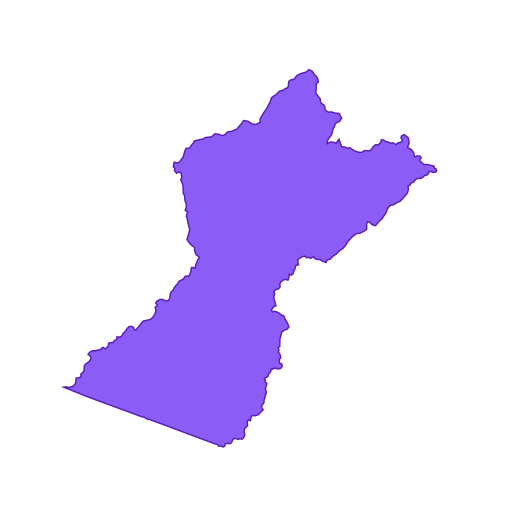 outline of Pau D'Arco, Pará, Brazil, rotated 104°
{"feature_id": "56859067B52334370836521", "entity_name": "Pau D'Arco", "entity_type": "district", "adm_level": 2, "iso_a3": "BRA", "parent_name": "Brazil", "parent_adm1": "Pará", "projection": "orthographic", "projection_center": [-50.157, -7.725], "detail": "fine", "context": "isolated", "style": "filled", "palette": "violet", "viewbox_px": 512, "rotation_deg": 104, "n_neighbors": 0, "source": "geoboundaries", "source_scale": "gbopen_adm2", "svg_char_len": 5708}
<svg xmlns="http://www.w3.org/2000/svg" viewBox="0 0 512 512"><g transform="rotate(104 256 256)"><path d="M62.4,249.9L64.7,251.2L66.2,253.1L68.0,256.4L69.4,258.2L71.4,260.3L74.5,261.3L76.1,263.4L77.1,265.4L78.7,266.4L80.8,266.2L82.6,265.7L85.4,266.2L86.6,268.4L88.6,269.4L89.2,271.3L90.2,272.9L91.7,273.9L94.4,275.3L96.7,277.7L98.9,279.3L101.4,279.4L104.1,279.7L106.0,280.4L109.9,281.2L113.4,282.5L115.3,283.1L118.0,284.1L122.0,285.2L125.0,284.4L126.6,285.8L128.3,287.8L128.9,290.4L128.3,293.1L127.2,296.5L127.6,300.8L130.3,301.7L137.8,305.5L139.2,307.6L140.9,309.8L142.7,313.9L145.5,315.2L146.9,317.0L147.4,318.9L146.9,321.8L147.4,325.4L151.2,328.0L152.3,331.1L153.4,334.0L155.0,335.1L155.9,337.0L156.7,338.8L158.1,341.2L159.1,343.6L161.5,344.1L163.4,345.1L165.3,345.9L167.3,346.7L168.6,349.9L171.4,350.4L175.1,350.5L177.9,350.7L180.0,351.7L182.0,352.4L184.2,353.5L184.8,356.3L184.7,358.1L187.3,358.1L189.8,357.6L190.7,355.7L192.9,355.8L194.9,353.0L193.1,351.4L193.8,348.4L195.7,347.9L197.6,346.9L200.3,347.5L201.6,346.2L203.3,345.1L205.8,343.7L208.8,342.8L212.5,341.9L214.6,340.0L216.3,339.4L219.6,338.2L222.6,336.2L225.3,335.5L228.9,335.7L229.6,333.1L234.3,333.2L236.5,331.7L239.6,330.4L241.7,329.2L243.8,328.1L246.2,326.8L250.0,326.6L253.4,326.9L256.8,326.9L258.4,325.1L260.1,323.1L261.7,319.9L262.6,317.5L265.0,317.2L267.5,315.7L269.2,314.5L269.9,312.7L270.8,310.6L274.3,311.7L279.1,312.2L282.4,312.3L282.5,315.5L284.3,315.9L286.4,315.4L291.5,316.0L292.7,319.7L296.1,321.0L297.4,322.6L299.0,324.5L301.7,325.2L303.9,326.5L306.4,327.6L309.2,328.1L311.2,329.5L313.4,330.1L315.4,329.6L318.4,329.5L320.8,330.5L321.3,333.0L320.9,335.3L320.8,337.2L321.9,339.2L323.9,341.4L326.0,341.9L328.1,339.7L330.0,341.4L333.4,339.9L337.0,340.1L340.2,341.2L342.6,342.6L344.3,345.3L346.3,349.6L348.4,350.9L351.6,352.1L354.0,353.3L356.9,354.6L357.0,356.4L354.8,357.6L354.4,360.0L355.2,362.0L357.5,363.5L360.5,364.5L363.2,366.1L366.3,367.0L367.7,368.6L368.1,371.3L371.2,371.1L372.1,372.8L374.8,374.0L375.2,376.3L376.3,377.9L378.8,377.5L380.8,378.4L382.6,379.8L381.6,382.2L382.8,383.6L384.6,384.3L385.5,386.8L386.7,388.8L387.5,391.9L389.8,394.2L392.2,395.1L393.2,392.4L395.8,391.3L399.1,392.6L401.1,394.5L403.5,396.0L407.3,395.5L409.5,395.1L411.3,396.2L413.2,397.4L415.1,396.5L416.9,398.1L417.9,401.0L421.5,400.5L424.3,400.5L426.7,402.1L429.0,406.0L428.8,408.3L429.8,410.8L433.2,386.7L433.5,384.1L434.6,374.0L439.0,333.4L439.7,327.4L439.4,325.4L440.2,323.4L440.6,321.4L440.4,319.5L441.2,312.5L442.5,300.8L448.2,250.8L448.1,248.1L449.6,246.0L448.9,244.1L449.3,241.9L448.2,240.4L445.5,240.3L444.8,238.5L444.4,235.9L443.0,234.6L440.4,234.2L438.4,233.3L438.0,231.0L438.2,228.9L437.2,227.2L437.1,225.1L434.7,223.9L432.0,223.7L428.3,225.4L426.4,225.3L422.7,223.2L418.4,224.5L416.8,223.5L417.1,221.6L412.6,221.9L411.5,220.1L411.0,217.8L409.3,215.3L403.4,211.9L402.1,213.6L399.7,214.5L397.9,213.3L395.9,212.8L394.1,213.4L391.7,213.0L389.4,213.4L386.9,212.8L385.1,213.3L383.5,214.4L381.6,214.8L379.4,214.8L377.3,214.5L376.0,216.5L374.2,216.8L373.1,218.3L371.2,216.8L370.1,215.3L368.1,215.4L366.1,214.4L364.2,213.7L362.3,214.2L361.7,212.3L360.1,210.4L360.3,208.1L359.9,206.0L358.3,204.3L356.1,204.0L354.4,205.0L354.4,207.1L352.5,207.9L350.5,208.4L349.0,207.4L346.9,208.1L345.3,209.3L343.9,211.0L341.5,211.0L339.7,212.3L337.6,211.0L335.8,211.7L333.9,211.9L331.2,212.7L329.3,212.7L326.9,212.6L323.9,212.7L321.2,210.7L319.4,208.0L316.8,206.9L314.1,208.8L309.7,212.9L307.2,214.7L307.1,217.5L305.8,219.6L305.3,222.4L305.3,224.8L306.1,226.6L304.7,228.1L300.9,226.6L299.5,224.7L297.3,225.7L294.2,227.6L291.8,228.8L288.1,228.8L286.0,230.1L283.4,228.4L282.8,226.5L280.0,225.1L278.2,226.1L275.3,225.7L272.8,223.9L271.7,222.1L271.6,219.1L268.2,218.9L265.8,219.3L266.0,217.1L264.3,215.7L261.6,215.8L259.2,215.1L255.6,215.2L254.3,212.7L249.8,214.7L247.9,213.3L245.5,211.0L244.3,208.3L245.5,206.6L244.6,204.6L245.0,202.3L242.6,199.9L244.2,198.5L244.6,195.7L243.9,193.3L245.0,190.2L245.4,186.6L243.5,186.4L241.8,184.9L241.1,183.2L237.8,181.5L234.8,178.7L229.8,175.8L228.1,173.8L225.4,172.3L222.8,171.2L220.4,170.7L214.7,167.7L212.4,165.9L210.9,164.9L209.6,163.1L208.8,160.7L205.8,157.2L203.4,155.1L201.3,155.6L198.4,156.4L195.9,156.2L195.7,153.9L196.9,151.9L197.8,149.5L197.5,147.3L195.4,146.4L191.3,144.2L189.7,142.9L185.7,141.5L183.6,140.6L181.0,140.1L178.8,140.1L176.6,139.1L174.7,138.2L173.0,135.1L171.8,133.6L170.0,132.2L168.5,129.8L165.5,127.9L158.3,124.3L154.3,124.3L151.5,125.4L149.8,123.6L147.7,123.1L146.3,121.1L142.5,119.4L140.3,114.1L138.9,112.9L137.1,111.9L136.3,110.0L134.5,108.6L132.5,108.9L131.7,106.7L132.0,104.7L131.5,102.5L130.0,101.2L128.1,102.2L127.7,104.0L125.7,105.3L125.7,109.1L125.8,111.1L126.1,113.4L126.6,115.4L125.5,117.1L124.6,119.0L123.5,120.4L120.8,119.5L119.4,120.9L120.0,124.0L121.6,126.2L117.7,128.0L115.0,131.3L114.1,135.4L109.8,134.7L106.5,135.9L104.4,137.0L102.3,141.6L104.5,143.9L106.6,143.8L108.2,141.7L110.1,142.4L112.3,146.1L114.1,146.9L113.1,150.3L113.9,153.0L113.4,156.0L113.6,158.1L112.5,160.2L113.0,162.4L116.3,162.6L118.7,164.6L119.1,166.9L122.4,169.2L124.8,169.6L126.8,171.8L127.1,174.7L127.6,176.6L129.8,178.3L130.5,181.3L130.3,185.0L129.3,188.6L128.2,191.1L129.2,192.9L128.8,196.1L129.2,199.1L126.0,201.7L122.6,203.7L127.3,205.6L126.9,207.7L127.3,211.2L129.8,214.2L126.9,214.5L123.9,213.7L120.9,212.3L117.7,211.8L115.0,212.1L112.1,211.4L109.1,211.1L107.1,210.2L105.2,207.4L101.4,206.3L100.0,207.7L97.6,209.8L98.2,213.4L98.0,217.9L98.9,220.3L98.2,223.1L96.9,224.7L95.0,225.1L93.3,226.4L91.7,230.1L87.9,231.9L85.8,234.4L84.3,236.6L82.5,237.7L79.3,238.0L76.7,238.7L73.9,239.1L72.2,237.6L69.3,238.8L67.0,241.0L65.9,243.2L63.1,246.2L62.4,249.9Z" fill="#8b5cf6" stroke="#5b21b6" stroke-width="1.5"/></g></svg>